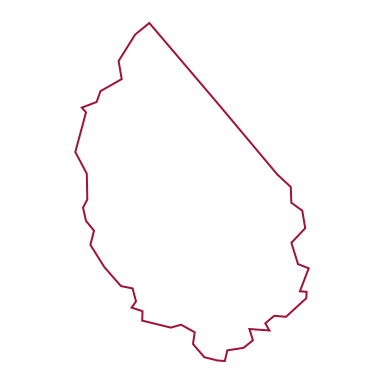 the district of Madison, Virginia, United States of America
{"feature_id": "52423323B5475439623259", "entity_name": "Madison", "entity_type": "district", "adm_level": 2, "iso_a3": "USA", "parent_name": "United States of America", "parent_adm1": "Virginia", "projection": "equal_earth", "projection_center": [-78.275, 38.429], "detail": "fine", "context": "isolated", "style": "outline", "palette": "rose", "viewbox_px": 384, "rotation_deg": 0, "n_neighbors": 0, "source": "geoboundaries", "source_scale": "gbopen_adm2", "svg_char_len": 711}
<svg xmlns="http://www.w3.org/2000/svg" viewBox="0 0 384 384"><path d="M149.3,23.0L135.2,34.5L118.6,61.0L121.7,79.1L100.5,91.1L96.6,102.0L81.8,107.6L86.0,112.4L75.3,152.0L86.8,173.7L87.3,199.5L83.0,207.7L86.0,220.9L94.0,230.7L90.4,244.9L104.4,267.2L121.0,286.1L132.6,288.4L136.0,301.4L131.6,307.6L142.5,311.2L142.2,320.6L170.8,327.6L181.1,324.7L194.7,332.3L193.0,344.0L204.3,357.2L217.6,360.5L224.8,361.0L227.3,350.4L243.6,347.8L252.9,340.3L249.4,329.0L269.4,330.5L265.3,323.3L274.2,315.8L286.0,316.8L306.3,298.2L306.6,291.8L299.9,291.3L308.7,268.3L298.0,264.1L291.4,242.8L305.2,228.2L302.3,210.7L291.3,202.7L290.8,187.0L277.3,174.5L217.9,103.6L149.3,23.0Z" fill="none" stroke="#9f1239" stroke-width="2"/></svg>